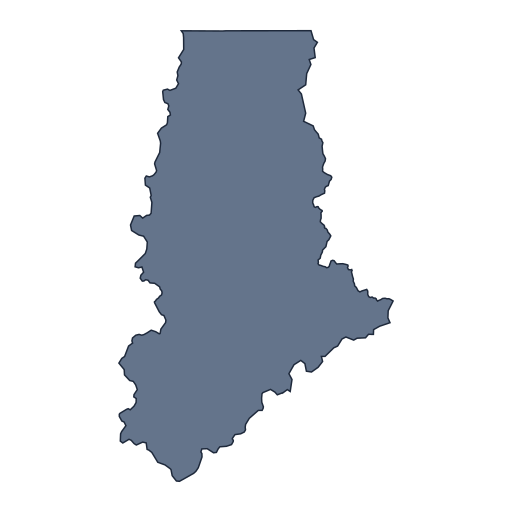 Ravalli, Montana, United States of America
{"feature_id": "52423323B8575592965012", "entity_name": "Ravalli", "entity_type": "district", "adm_level": 2, "iso_a3": "USA", "parent_name": "United States of America", "parent_adm1": "Montana", "projection": "albers", "projection_center": [-114.064, 46.06], "detail": "fine", "context": "isolated", "style": "filled", "palette": "slate", "viewbox_px": 512, "rotation_deg": 0, "n_neighbors": 0, "source": "geoboundaries", "source_scale": "gbopen_adm2", "svg_char_len": 4540}
<svg xmlns="http://www.w3.org/2000/svg" viewBox="0 0 512 512"><path d="M283.1,392.7L287.3,389.6L290.2,391.5L292.0,379.5L288.9,373.7L294.0,364.7L300.8,360.4L304.9,363.6L306.4,371.2L311.5,372.0L318.1,367.3L322.6,361.5L321.4,356.4L325.0,356.4L333.8,347.8L337.6,346.1L342.0,339.0L345.9,337.0L353.7,340.1L357.1,338.2L365.5,337.8L368.5,334.3L373.4,334.4L373.6,329.6L379.7,326.2L390.0,322.7L387.9,317.9L388.2,310.7L393.1,301.0L392.7,300.6L391.8,300.3L390.9,299.6L388.9,298.7L386.9,298.8L385.4,298.3L384.1,298.3L382.5,298.5L380.9,299.6L378.6,300.5L377.6,301.1L376.5,299.9L376.2,298.8L375.0,298.0L373.8,298.2L372.1,297.0L370.2,297.5L368.7,296.6L367.7,294.3L367.8,292.5L367.7,291.0L366.7,289.4L365.9,289.7L363.6,290.4L361.7,291.0L359.9,291.9L358.0,290.7L356.3,287.4L354.7,285.9L354.4,283.7L353.2,281.2L353.4,279.0L352.6,276.6L352.2,274.9L351.8,273.1L351.4,271.9L352.1,270.6L351.7,269.5L350.7,269.9L348.5,269.6L347.5,267.7L348.1,266.0L347.8,265.0L345.8,264.4L342.8,263.7L339.8,263.8L336.7,264.0L335.7,262.8L334.1,260.7L332.6,260.3L331.0,261.0L330.4,262.9L329.8,264.3L329.2,266.4L328.1,267.4L326.6,267.7L325.1,266.7L323.3,266.4L320.5,265.3L319.3,265.2L318.0,263.7L318.4,262.5L318.1,260.0L320.2,258.2L320.8,255.1L321.7,253.4L322.4,251.9L322.5,250.2L324.6,248.0L325.9,246.7L326.3,244.9L327.1,241.4L328.8,239.8L330.8,235.9L329.7,234.1L327.9,232.1L327.2,229.9L325.8,228.3L324.7,228.1L324.4,227.1L324.6,226.3L323.9,225.0L322.9,224.3L321.3,222.9L320.3,221.8L320.5,219.9L321.1,218.3L321.1,216.4L321.1,214.9L320.9,212.9L321.6,211.9L322.2,211.3L322.1,210.5L321.5,210.2L319.9,209.2L318.6,207.8L318.1,206.7L317.1,206.6L315.4,207.4L314.1,206.7L313.6,204.9L312.7,202.9L312.8,200.3L314.1,197.7L316.6,196.7L318.9,196.1L320.8,194.9L323.3,193.7L324.5,193.2L324.8,190.8L324.4,189.4L325.2,187.4L326.2,186.4L328.2,185.6L329.5,181.1L331.1,179.5L331.8,177.2L330.7,175.7L327.4,174.5L324.2,172.6L322.6,171.3L322.7,169.0L322.5,167.1L323.2,165.0L323.9,163.2L325.1,161.1L325.5,158.7L324.3,156.1L322.9,153.7L322.5,150.3L322.1,146.2L322.9,142.7L321.9,140.9L321.5,139.2L319.2,137.9L318.2,134.1L316.0,131.6L314.4,129.6L314.2,128.9L313.2,125.9L303.6,121.3L305.7,113.2L301.4,94.0L298.1,89.9L305.7,84.8L306.7,73.6L310.9,64.5L309.2,59.5L315.2,57.6L314.0,48.0L317.4,42.3L313.6,39.6L311.0,30.7L226.1,30.8L222.8,31.0L181.3,30.8L183.2,33.5L183.6,37.5L183.7,49.5L178.5,57.8L181.4,61.9L181.3,63.3L181.2,64.1L179.2,67.1L177.2,72.0L177.9,75.7L176.7,80.0L178.5,83.7L175.8,88.2L169.9,90.4L167.5,89.1L163.3,90.2L162.7,91.6L163.5,99.6L164.9,102.5L167.9,103.7L168.8,105.9L167.8,109.5L170.0,112.3L170.4,115.0L167.8,116.6L167.4,122.8L166.6,124.8L161.4,128.1L157.6,133.3L160.3,141.0L160.6,143.3L159.9,150.4L159.7,152.5L155.0,162.0L154.6,163.9L156.6,170.5L156.1,172.1L154.0,174.7L152.5,175.8L149.4,176.9L146.3,176.0L144.9,178.2L145.4,185.1L149.7,188.0L151.2,195.5L150.3,197.2L151.9,202.4L151.1,213.2L149.5,215.1L146.6,215.4L142.7,218.1L139.8,215.5L134.2,216.0L130.5,225.0L131.6,230.5L138.8,235.0L143.6,236.2L147.3,242.0L146.8,249.0L145.3,253.5L138.2,260.6L135.5,263.2L135.1,266.8L138.5,267.8L141.9,267.0L143.6,272.2L140.9,275.2L140.2,278.2L142.3,281.1L143.9,281.0L145.7,279.7L148.1,280.3L150.0,282.9L154.7,283.3L159.6,286.8L160.3,289.2L161.7,290.8L162.1,292.9L161.5,295.0L159.6,296.3L158.5,298.0L156.5,299.4L155.4,301.1L154.5,301.7L154.5,302.6L159.2,311.7L161.5,314.7L163.9,315.5L165.9,320.1L165.6,322.6L160.9,329.1L160.1,333.5L159.2,333.8L155.7,331.7L151.2,330.2L147.2,332.8L143.9,334.6L141.7,335.2L139.1,334.4L135.8,335.2L132.5,338.0L131.9,340.9L132.6,343.1L128.6,346.0L124.6,356.5L121.8,358.4L118.9,363.1L124.2,369.6L124.5,374.9L129.7,380.5L133.3,381.4L135.7,384.9L137.3,389.6L134.0,394.6L133.8,396.9L136.2,398.5L136.1,402.5L134.0,406.2L130.2,409.8L128.2,408.7L126.6,409.3L120.0,413.3L119.3,414.2L119.3,416.4L121.8,421.0L124.1,422.0L125.9,425.7L121.7,431.5L120.6,433.8L120.3,441.1L122.8,443.0L129.0,439.3L131.2,440.3L134.1,443.6L136.3,445.0L142.7,442.1L146.2,442.9L147.1,449.4L148.7,450.0L151.8,452.4L157.8,462.3L165.0,464.9L170.2,468.7L171.0,469.6L172.2,475.7L176.4,481.0L179.5,481.3L193.7,473.3L195.9,471.3L198.3,467.7L202.0,457.0L201.9,453.6L200.9,451.9L201.9,448.9L207.2,448.7L213.6,452.8L216.4,452.4L218.1,449.0L219.8,446.8L226.4,446.3L231.5,444.6L233.2,441.6L233.3,440.3L232.3,438.9L232.5,438.2L235.0,434.6L240.7,433.8L244.3,432.0L245.5,429.8L245.2,427.2L245.6,424.4L249.3,418.3L258.3,410.4L262.1,410.4L263.1,408.4L263.4,406.8L261.8,402.3L261.6,398.2L262.0,393.8L262.9,392.6L270.5,389.4L274.9,392.1L277.3,394.8L283.1,392.6L283.1,392.7Z" fill="#64748b" stroke="#1e293b" stroke-width="1.5"/></svg>